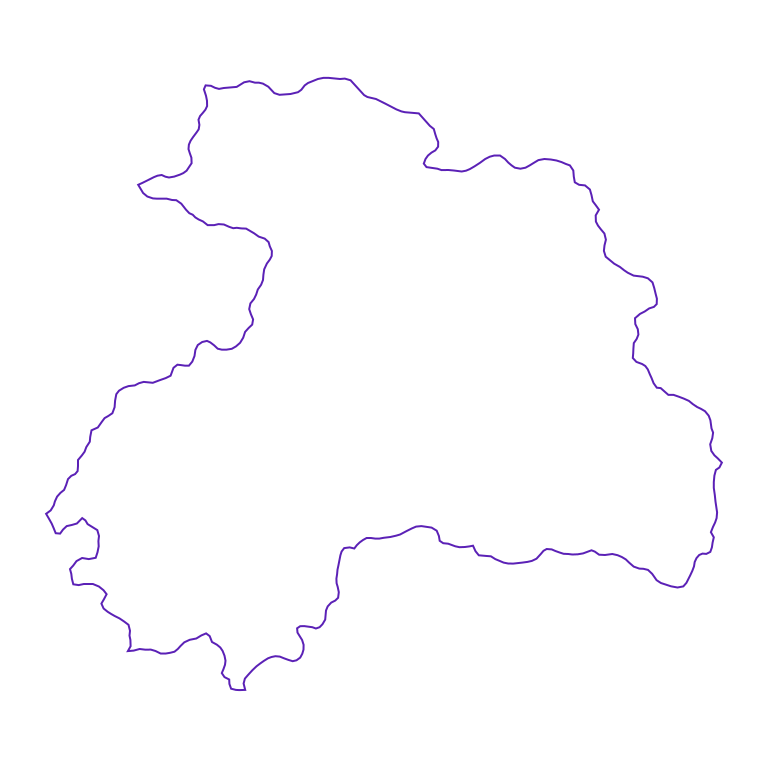 Pedra Azul, Minas Gerais, Brazil (Robinson projection)
{"feature_id": "56859067B52698506217468", "entity_name": "Pedra Azul", "entity_type": "district", "adm_level": 2, "iso_a3": "BRA", "parent_name": "Brazil", "parent_adm1": "Minas Gerais", "projection": "robinson", "projection_center": [-41.204, -15.954], "detail": "fine", "context": "isolated", "style": "outline", "palette": "violet", "viewbox_px": 768, "rotation_deg": 0, "n_neighbors": 0, "source": "geoboundaries", "source_scale": "gbopen_adm2", "svg_char_len": 6045}
<svg xmlns="http://www.w3.org/2000/svg" viewBox="0 0 768 768"><path d="M203.9,89.3L206.0,95.8L207.0,100.8L207.1,106.1L205.4,109.7L202.9,112.8L200.1,116.0L198.5,119.7L199.4,124.9L198.7,129.3L196.5,132.5L193.2,136.9L190.6,140.7L188.9,144.6L188.5,149.1L189.8,153.2L191.4,157.7L191.6,163.2L188.8,167.4L186.6,170.7L183.3,173.1L180.0,174.6L174.2,176.6L169.0,177.5L165.4,176.7L161.7,175.0L157.5,175.7L154.0,177.1L142.6,182.8L138.2,184.8L143.1,193.0L147.3,196.5L152.9,198.4L157.3,198.7L166.8,198.7L172.1,200.0L176.3,200.2L181.3,203.7L186.0,209.7L189.3,213.2L192.7,214.7L195.3,217.4L198.7,219.5L202.9,221.4L207.6,225.1L214.3,225.1L218.5,224.1L223.9,224.5L229.1,226.8L233.2,228.2L236.8,227.8L241.2,228.4L246.1,228.6L254.1,233.3L258.7,236.6L264.7,238.6L268.6,242.1L269.8,246.3L271.9,251.0L271.7,256.0L269.8,259.6L266.9,263.5L264.2,269.3L263.4,274.8L263.0,280.0L261.1,284.8L257.8,289.5L256.2,294.5L254.0,299.0L250.4,303.4L249.2,309.1L250.9,314.2L253.1,319.4L252.2,324.6L248.7,327.9L245.1,331.9L243.2,337.7L240.1,342.8L236.0,346.4L231.8,348.8L226.2,349.7L222.0,349.7L217.7,348.7L214.1,345.3L210.3,342.4L207.0,340.9L202.2,342.0L197.8,345.0L195.4,349.9L194.5,356.0L192.3,361.6L188.9,365.7L185.2,365.7L181.0,365.1L177.4,364.7L173.5,367.8L170.6,375.7L165.7,378.1L159.7,380.2L152.8,382.8L143.7,381.9L139.0,383.2L134.8,385.4L128.5,386.1L123.7,387.8L119.0,390.7L116.3,394.2L115.1,400.6L114.6,407.2L112.4,413.2L108.1,416.1L104.6,418.1L101.7,422.0L97.8,427.5L91.5,430.3L90.2,437.0L89.8,441.7L86.3,447.1L84.6,451.7L81.8,455.5L78.0,460.0L78.0,466.1L77.6,471.1L75.1,474.1L71.3,475.8L68.0,479.1L66.1,485.1L64.1,489.9L60.5,492.8L57.1,496.6L54.9,501.4L53.8,505.3L50.7,510.4L46.1,513.8L48.9,518.6L51.7,523.6L53.6,528.0L55.7,533.2L60.1,533.6L63.0,529.6L66.7,526.1L71.7,525.0L76.9,523.5L82.2,518.1L85.4,520.4L87.6,524.1L97.3,530.1L99.0,536.0L98.4,541.1L98.7,546.3L97.5,552.3L95.7,557.8L88.8,559.1L82.1,558.0L76.5,561.1L73.2,565.6L70.0,569.1L71.3,573.9L71.9,578.8L73.3,584.3L78.7,585.1L83.8,584.0L92.9,584.0L98.9,586.5L103.5,590.2L106.6,594.2L103.9,599.3L101.4,603.6L103.6,608.5L107.7,611.8L111.2,614.0L114.7,616.0L119.5,618.4L124.1,621.5L128.5,624.8L130.0,630.8L129.5,635.6L130.4,640.0L130.6,646.2L127.9,651.1L133.7,650.6L139.6,649.0L145.5,649.7L150.8,649.6L155.5,651.0L160.6,653.5L165.9,653.5L170.1,652.8L174.5,651.7L177.8,649.0L180.5,646.0L184.3,642.3L189.7,639.8L196.3,638.5L201.4,635.4L206.1,633.4L209.7,636.1L212.0,642.0L216.9,644.7L220.3,647.5L222.6,650.9L224.5,655.7L225.5,660.7L225.0,664.8L223.4,669.3L221.8,673.1L224.5,677.1L229.2,679.5L229.4,683.9L231.1,688.7L235.9,689.9L239.4,690.1L245.2,689.9L243.6,683.5L244.9,678.6L248.1,674.9L252.3,670.3L256.5,666.3L260.3,663.4L264.0,660.8L268.0,658.3L271.5,657.0L275.4,656.2L279.8,656.6L284.0,658.3L288.4,659.9L292.7,661.2L296.5,660.3L300.2,657.6L302.3,653.7L303.5,649.6L303.6,644.8L302.1,640.0L297.5,632.6L297.1,628.3L300.2,626.2L304.2,626.1L312.3,627.2L315.9,628.5L319.6,627.2L322.5,624.2L325.2,619.6L326.0,610.5L327.7,606.4L331.2,602.6L335.2,600.6L338.1,597.8L338.8,592.2L337.7,586.9L336.6,583.2L336.4,578.7L337.1,574.1L337.5,569.7L338.4,565.5L340.4,555.3L341.6,551.5L344.2,548.1L349.7,547.4L354.3,548.5L356.8,545.2L359.7,542.4L363.0,540.0L366.6,538.0L371.0,538.0L375.3,538.6L379.3,538.6L383.7,537.8L390.3,537.0L396.0,535.7L400.1,534.5L406.5,531.1L411.9,528.4L416.1,526.6L421.4,526.1L431.6,527.6L436.7,530.7L438.9,536.0L439.7,540.8L443.2,543.2L448.2,543.7L455.3,546.3L459.5,547.2L464.9,547.0L469.4,546.4L473.0,545.7L475.5,551.2L478.8,555.3L486.8,556.0L490.9,556.3L495.3,559.1L500.1,561.1L503.6,562.6L508.1,563.5L513.2,563.6L522.3,562.6L527.5,561.9L531.9,560.9L536.5,558.7L540.8,554.0L543.5,550.8L546.7,549.0L551.7,549.4L555.4,551.0L559.6,552.5L563.6,553.8L568.3,554.0L572.3,554.5L577.7,554.3L583.1,553.4L591.5,550.3L594.8,551.6L599.1,554.7L605.0,555.0L612.3,554.0L617.6,555.2L621.8,557.0L625.8,559.4L629.1,562.6L633.7,566.6L639.3,568.6L643.4,568.8L648.0,569.9L652.2,573.9L656.6,580.2L660.9,583.0L671.0,586.3L677.5,587.5L683.3,586.4L686.4,582.9L690.2,575.4L692.3,570.9L694.0,566.4L694.7,562.0L696.5,558.1L699.2,555.0L702.5,553.6L706.3,553.9L710.3,551.9L711.9,547.4L712.6,542.6L713.8,537.3L710.9,532.2L713.0,526.9L715.1,522.5L716.6,518.1L717.1,512.4L715.5,501.6L714.8,495.0L713.8,487.9L713.8,482.1L714.4,475.6L715.9,469.9L719.4,467.5L721.9,462.6L717.7,458.3L714.4,455.3L711.3,450.9L710.2,444.3L712.3,438.2L713.1,432.6L711.5,428.4L710.4,420.3L708.7,415.7L705.0,411.2L700.9,408.8L697.1,407.0L692.8,404.1L688.9,400.9L683.8,398.6L678.8,396.7L673.6,394.9L668.4,394.9L664.3,391.3L660.7,388.1L656.8,387.7L653.6,383.2L651.5,377.9L649.8,374.2L647.8,369.4L645.3,366.0L642.1,364.0L636.4,361.9L632.8,358.0L633.2,353.5L633.4,348.8L633.8,343.1L636.7,338.9L638.4,334.6L637.8,329.2L635.3,324.1L635.0,318.2L640.0,313.9L644.7,311.5L649.2,308.4L653.9,306.9L656.7,304.1L656.9,298.7L655.6,293.7L654.2,287.9L652.5,282.4L647.9,278.3L642.7,276.7L633.6,275.6L627.7,272.7L623.9,270.1L620.0,267.0L614.2,263.7L605.7,256.7L603.9,250.9L604.5,245.4L605.9,239.7L604.4,233.5L601.1,229.6L598.0,225.6L595.9,221.6L595.7,215.4L599.0,209.7L595.7,205.1L592.8,201.3L591.5,195.1L589.9,189.5L585.0,185.4L579.1,184.8L574.8,182.3L573.8,176.6L573.3,170.5L569.9,165.4L565.7,163.9L561.6,162.1L556.5,160.5L550.8,159.5L544.4,159.0L538.4,160.1L533.9,162.8L529.7,165.4L525.5,167.7L520.4,168.7L514.9,167.7L511.6,165.4L508.3,162.6L505.0,159.0L500.0,155.5L494.3,155.5L489.8,156.7L485.2,159.0L480.0,162.8L474.6,166.3L469.8,169.1L466.0,170.7L461.7,171.5L453.8,170.5L448.3,170.0L441.5,170.1L437.4,168.7L426.5,167.1L423.8,163.6L425.5,159.0L428.0,155.5L431.5,152.6L435.3,150.4L438.1,146.7L438.2,142.0L436.6,138.3L435.3,134.3L433.8,129.0L429.9,125.9L418.8,113.4L404.9,112.2L401.4,111.4L396.4,109.4L386.2,104.1L376.0,99.0L367.4,97.0L364.1,95.1L350.6,80.3L344.8,78.6L340.0,79.0L329.0,77.9L323.3,77.9L317.9,79.0L308.0,83.0L304.7,85.4L301.3,89.8L298.0,92.2L290.5,94.0L279.5,94.8L274.3,93.1L268.3,86.7L262.9,83.6L259.0,82.7L255.1,82.7L249.5,81.2L244.1,82.3L236.7,86.9L223.8,88.0L219.0,88.9L215.0,87.8L210.9,85.8L205.6,85.4L203.9,89.3Z" fill="none" stroke="#5b21b6" stroke-width="2"/></svg>